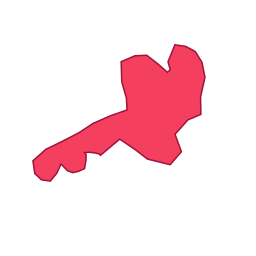 SVG path tracing the border of Szekszárd, rotated 140°
{"feature_id": "HUN-4914", "entity_name": "Szekszárd", "entity_type": "Urban county", "adm_level": 1, "iso_a3": "HUN", "parent_name": "Hungary", "parent_adm1": "", "projection": "natural_earth1", "projection_center": [18.755, 46.358], "detail": "fine", "context": "isolated", "style": "filled", "palette": "rose", "viewbox_px": 256, "rotation_deg": 140, "n_neighbors": 0, "source": "natural_earth", "source_scale": "10m", "svg_char_len": 712}
<svg xmlns="http://www.w3.org/2000/svg" viewBox="0 0 256 256"><g transform="rotate(140 128 128)"><path d="M119.3,72.8L133.1,91.7L136.3,106.5L141.5,124.8L166.7,124.8L166.7,126.5L169.6,130.5L173.7,134.7L177.1,137.0L177.1,134.7L180.7,130.5L187.4,124.8L194.0,126.7L198.9,129.2L201.8,134.1L202.5,143.4L211.7,139.1L221.7,137.3L227.6,143.9L228.7,153.0L221.9,164.0L204.6,164.5L187.6,160.2L168.4,155.9L151.8,154.0L133.7,148.7L117.1,142.5L109.9,152.1L103.1,167.4L90.6,183.2L76.3,178.9L66.9,171.7L63.9,157.8L62.0,145.4L58.2,145.4L54.8,153.0L38.6,161.6L31.4,153.5L27.3,143.4L29.1,130.8L36.5,117.3L52.5,105.1L63.4,91.6L76.9,95.7L96.0,93.0L102.3,75.5L119.3,72.8Z" fill="#f43f5e" stroke="#9f1239" stroke-width="1.5"/></g></svg>